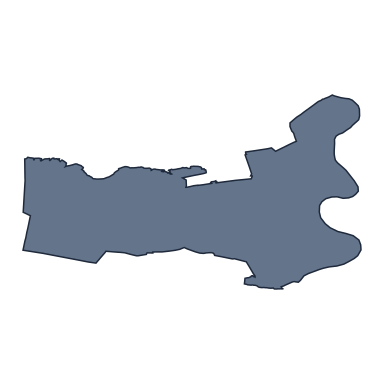 the district of Tuglui, Dolj, Romania
{"feature_id": "2599482B43089269321770", "entity_name": "Tuglui", "entity_type": "district", "adm_level": 2, "iso_a3": "ROU", "parent_name": "Romania", "parent_adm1": "Dolj", "projection": "natural_earth1", "projection_center": [23.773, 44.207], "detail": "fine", "context": "isolated", "style": "filled", "palette": "slate", "viewbox_px": 384, "rotation_deg": 0, "n_neighbors": 0, "source": "geoboundaries", "source_scale": "gbopen_adm2", "svg_char_len": 5891}
<svg xmlns="http://www.w3.org/2000/svg" viewBox="0 0 384 384"><path d="M298.4,282.2L300.5,280.3L304.0,275.8L308.5,273.5L319.3,269.5L323.5,268.2L329.1,266.9L337.0,266.0L343.9,264.1L348.9,261.5L354.2,258.5L357.7,255.7L361.0,249.9L360.7,244.9L358.9,240.0L353.2,235.7L346.0,233.5L337.8,231.5L330.2,227.8L325.2,223.7L320.7,217.8L319.3,212.1L319.6,205.5L321.9,201.7L325.8,198.7L331.8,197.0L337.1,196.8L343.1,198.3L348.6,197.9L352.7,196.5L355.6,194.3L358.3,191.2L358.0,186.8L354.3,180.9L346.0,170.3L343.5,168.0L340.4,165.3L337.5,162.8L335.4,160.2L334.7,157.5L334.2,154.0L334.2,151.1L334.6,143.5L334.5,139.3L336.1,136.1L338.8,134.3L342.7,132.9L344.7,131.5L346.3,130.3L350.6,127.5L352.3,125.5L354.6,123.4L356.7,121.6L358.7,119.7L359.6,115.9L359.4,109.2L358.2,105.8L355.4,103.0L352.3,100.2L349.0,98.8L345.1,98.4L340.9,97.7L334.3,95.9L332.3,95.0L329.1,96.8L327.2,97.6L325.2,98.3L323.9,99.0L323.5,99.1L322.5,99.2L322.1,99.5L321.7,99.9L321.2,100.3L318.4,101.5L317.4,102.2L311.5,106.6L304.3,111.8L300.7,114.6L296.8,117.1L294.4,119.1L290.0,122.9L290.0,126.6L291.7,130.9L292.0,131.3L293.1,132.4L293.5,133.1L293.8,133.6L294.7,136.7L296.4,141.3L293.9,142.3L289.3,144.5L276.3,150.9L275.6,151.3L271.5,147.9L267.3,148.8L253.5,150.9L245.6,152.0L245.6,152.8L245.7,153.1L245.7,153.4L245.9,153.7L246.4,154.3L245.1,154.9L249.4,167.1L251.6,173.8L250.6,175.9L252.2,175.9L252.3,176.2L251.2,178.8L235.0,180.4L223.6,181.9L216.0,182.9L215.8,182.1L216.9,182.0L216.8,181.7L216.1,181.7L215.8,180.8L215.2,181.1L214.0,181.5L211.5,181.8L210.7,182.4L211.6,183.4L202.7,184.8L197.8,185.4L197.8,185.2L193.8,185.7L189.6,186.7L186.6,187.3L186.2,187.3L185.9,187.3L186.3,186.1L186.4,185.7L186.3,183.6L186.2,182.1L186.2,180.9L186.2,180.1L185.5,179.6L182.5,177.9L183.2,177.7L194.0,175.4L198.4,174.6L203.3,173.6L206.1,172.8L206.3,172.2L206.1,171.6L206.1,171.0L205.8,170.5L205.6,169.8L205.1,169.8L204.5,169.8L204.5,169.5L204.1,168.8L201.1,169.2L202.0,168.9L201.8,168.3L201.4,168.1L201.3,167.5L201.1,167.3L200.1,166.8L199.2,166.7L198.3,166.4L194.9,166.3L193.6,166.2L192.4,166.4L191.5,166.4L190.8,166.6L190.5,167.0L190.5,167.4L190.7,168.0L190.5,168.3L189.2,168.4L188.1,168.4L187.5,168.2L187.0,167.8L186.5,167.6L184.1,167.9L183.4,167.7L182.9,167.5L181.6,168.0L180.8,168.4L178.1,168.8L175.9,169.3L172.5,169.7L172.0,169.4L171.3,169.3L170.9,169.6L168.8,170.1L168.6,170.4L169.5,170.8L169.8,171.0L169.4,171.2L169.7,171.8L170.0,172.3L170.7,173.4L171.6,174.0L171.0,174.2L170.0,173.8L169.3,173.4L168.9,172.9L167.9,172.5L167.7,172.9L166.6,171.9L166.2,172.0L165.9,171.9L165.2,171.5L164.6,171.4L164.2,171.5L163.7,171.8L162.9,171.6L162.1,171.6L161.8,171.5L162.0,171.3L162.6,171.2L164.3,170.2L164.1,170.0L163.7,169.9L163.1,170.0L162.0,169.8L161.3,170.0L156.1,169.4L155.2,169.1L153.8,169.1L152.7,169.4L152.0,169.7L151.6,170.3L151.2,170.4L151.2,169.2L150.5,168.6L149.3,168.1L146.9,168.3L145.1,168.3L143.8,168.1L143.0,167.4L142.3,167.3L141.6,167.0L140.7,167.0L140.2,167.3L139.4,167.3L138.3,167.3L136.4,167.6L133.9,167.8L131.3,167.8L130.1,167.9L128.7,167.2L126.8,166.7L125.0,166.6L122.1,167.5L120.4,168.2L119.0,168.5L118.6,168.8L118.7,169.4L118.7,169.7L118.0,170.4L116.4,171.3L114.5,172.7L113.6,174.2L112.3,174.9L110.4,176.1L108.5,177.1L107.2,177.4L103.9,178.7L101.8,178.9L97.1,179.1L94.6,178.8L94.2,178.8L93.2,178.7L92.5,178.2L92.0,177.5L91.3,177.0L90.6,176.8L90.2,176.5L89.0,175.7L88.4,175.7L87.4,175.3L86.7,174.7L86.3,173.9L85.6,173.1L85.0,172.7L84.5,172.0L83.9,171.7L83.9,171.1L82.8,170.2L81.7,169.4L82.1,169.1L82.6,168.9L82.9,168.6L83.3,167.4L82.2,166.7L81.2,165.7L80.1,165.3L78.4,164.7L77.8,164.5L77.5,164.2L76.0,163.9L74.4,164.2L73.0,164.7L69.6,165.6L67.3,166.0L66.1,166.3L65.6,166.5L65.9,166.1L66.1,165.4L66.1,163.7L66.4,163.5L66.4,163.0L64.2,161.4L62.1,160.1L61.8,160.1L60.2,161.5L60.0,161.2L59.6,160.9L59.3,160.5L59.3,160.3L59.0,160.1L58.9,159.9L58.8,159.7L58.7,159.5L59.3,159.3L59.5,159.0L59.5,158.9L58.9,158.7L58.1,159.4L57.5,159.4L57.1,158.7L56.6,158.7L54.3,159.0L54.0,158.9L53.9,158.6L53.9,158.2L53.1,158.1L52.0,158.5L50.5,160.0L49.9,160.5L49.5,160.1L49.7,159.7L49.8,159.1L49.7,158.6L49.4,158.5L47.9,158.8L44.9,158.9L43.6,159.4L42.9,159.9L42.0,160.3L41.0,160.9L40.6,160.7L41.5,159.1L41.5,158.7L39.8,158.4L39.6,158.6L39.1,158.2L38.0,158.2L36.8,158.3L34.9,158.3L34.7,158.4L34.5,158.8L34.2,159.6L34.0,159.9L33.9,159.9L33.7,159.7L33.6,159.3L33.5,159.1L33.5,158.8L33.6,158.7L33.6,158.4L33.4,158.3L33.4,158.2L33.2,158.2L32.4,158.0L30.2,157.8L29.2,157.6L28.5,157.4L27.7,157.3L26.9,158.2L26.4,158.6L25.9,158.8L24.7,159.0L24.8,163.6L25.0,178.0L25.1,180.4L23.2,212.3L30.4,215.7L29.8,218.6L27.9,227.9L26.8,232.5L25.8,237.9L25.0,240.7L23.0,250.2L43.3,253.4L56.9,256.0L80.1,260.4L88.2,262.0L96.0,263.1L97.5,261.3L99.0,259.6L100.3,258.0L104.9,252.7L105.9,251.3L107.6,251.4L113.7,251.9L120.9,252.4L124.8,252.8L130.3,254.3L135.2,255.5L136.6,255.8L138.1,255.8L146.4,254.4L146.7,253.4L146.9,253.0L147.1,252.9L149.4,252.9L152.8,253.0L152.7,252.1L155.9,251.9L162.2,251.9L168.6,251.2L175.1,250.3L179.8,249.3L184.2,247.5L187.2,248.9L195.5,251.9L199.8,253.1L203.5,253.4L206.4,252.9L209.3,252.7L211.9,252.7L213.1,253.1L214.0,253.9L214.4,254.7L214.6,255.4L221.4,256.7L232.2,258.9L233.1,258.9L234.3,258.7L246.3,261.8L249.1,266.4L253.2,273.4L255.0,276.0L255.0,277.0L254.7,276.8L253.9,276.7L253.2,276.4L253.0,275.9L252.7,275.7L251.7,275.8L251.1,276.2L250.7,276.9L249.9,277.1L249.1,277.6L247.4,277.8L245.0,278.3L244.4,283.9L246.7,284.4L247.6,284.8L250.6,285.1L251.8,285.1L252.7,284.9L253.4,285.2L255.3,285.3L256.7,285.7L257.6,286.3L258.3,286.9L259.3,287.3L260.1,287.4L261.4,287.6L264.0,287.5L265.3,287.7L267.0,287.7L267.5,287.8L268.1,288.0L270.6,288.2L272.8,288.1L273.4,288.1L273.5,288.3L273.9,288.7L274.6,289.0L277.0,289.0L277.4,288.9L277.6,288.8L278.9,288.9L280.6,288.8L283.4,288.9L282.2,288.4L281.5,287.6L281.2,286.7L282.7,286.3L284.0,285.8L284.9,285.3L292.1,282.1L293.0,281.8L294.4,281.6L295.9,281.9L298.4,282.2Z" fill="#64748b" stroke="#1e293b" stroke-width="1.5"/></svg>